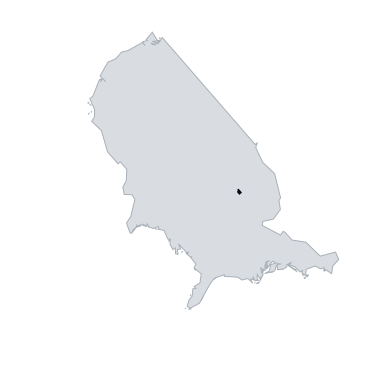 location of Jo Daviess, Illinois, United States of America, rotated 49°
{"feature_id": "52423323B10546312408424", "entity_name": "Jo Daviess", "entity_type": "district", "adm_level": 2, "iso_a3": "USA", "parent_name": "United States of America", "parent_adm1": "Illinois", "projection": "robinson", "projection_center": [-90.406, 42.351], "detail": "fine", "context": "in_parent", "style": "filled", "palette": "ink", "viewbox_px": 384, "rotation_deg": 49, "n_neighbors": 0, "source": "geoboundaries", "source_scale": "gbopen_adm2", "svg_char_len": 4201}
<svg xmlns="http://www.w3.org/2000/svg" viewBox="0 0 384 384"><g transform="rotate(49 192 192)"><path d="M304.5,139.0L324.5,137.3L331.5,123.1L339.2,125.5L340.2,134.3L345.2,140.2L337.7,142.3L337.4,143.9L336.0,141.8L334.4,145.3L328.6,147.7L325.3,156.5L328.9,160.3L331.2,159.9L330.4,158.2L331.2,159.0L331.5,160.8L325.1,162.1L323.7,160.1L323.3,162.8L315.8,163.4L310.4,166.9L310.8,164.9L310.2,163.6L309.0,168.4L310.6,169.2L310.3,173.3L306.7,178.5L302.6,175.2L304.8,172.0L302.2,174.2L303.5,177.9L305.2,179.9L305.6,182.3L301.2,190.7L302.4,185.4L298.4,180.4L300.7,175.1L297.0,176.7L298.7,184.5L294.9,182.1L293.7,182.4L294.7,179.9L294.6,179.2L293.5,181.1L293.5,182.8L299.1,185.8L298.0,187.2L295.4,184.5L294.4,184.0L297.7,187.3L299.0,187.9L298.3,189.9L296.6,188.4L299.3,191.4L298.7,191.8L297.4,190.2L293.9,189.5L298.3,192.4L300.9,192.3L303.9,199.5L301.3,194.0L302.2,197.6L297.1,196.8L300.9,200.4L302.6,199.4L300.5,202.6L295.7,201.5L298.7,203.2L296.2,204.8L299.2,206.0L293.9,206.7L291.2,212.0L286.2,213.4L276.8,223.0L275.6,221.9L272.1,230.7L271.9,232.8L273.5,239.5L280.8,259.4L278.5,269.8L275.0,270.5L271.4,264.8L270.7,260.2L265.6,254.8L267.3,252.4L264.8,252.5L265.8,245.6L259.8,238.7L250.6,240.3L249.0,236.3L240.0,235.9L241.1,234.4L239.5,235.9L235.4,236.6L235.4,233.6L234.7,235.7L222.4,236.3L227.6,237.9L225.8,240.7L229.8,243.5L227.8,244.9L223.3,241.2L223.0,244.1L217.0,242.9L213.6,239.3L211.5,241.1L202.6,238.3L197.4,242.3L198.7,241.2L195.9,240.1L194.4,245.0L189.0,248.2L190.3,247.3L186.7,246.7L187.9,248.4L183.7,250.5L182.0,255.9L180.2,255.1L181.8,256.5L182.0,261.5L183.6,264.5L182.3,265.6L172.5,261.8L170.4,254.5L160.1,239.9L154.7,239.1L149.4,244.8L143.0,241.0L140.4,234.3L132.2,226.4L122.3,226.3L122.1,229.3L106.3,229.4L86.3,220.1L72.8,221.3L71.3,216.3L66.0,211.5L54.4,207.7L54.7,204.1L46.5,188.1L47.0,186.4L48.8,188.6L47.8,185.0L52.2,184.7L44.1,185.2L38.8,170.2L41.4,162.3L40.2,153.4L43.2,147.6L46.7,131.1L50.7,131.5L46.3,130.7L48.3,126.3L46.8,126.4L45.4,117.1L55.1,118.7L52.4,123.6L56.1,120.1L55.2,124.2L52.7,125.2L54.4,125.3L56.5,123.7L57.7,119.5L56.0,113.1L197.6,113.2L197.7,110.7L200.3,114.8L216.2,119.2L232.4,117.6L254.5,129.0L255.5,132.0L263.2,136.8L265.8,148.4L260.7,157.8L263.3,160.9L282.5,153.5L281.5,149.1L283.2,148.3L293.9,148.0L304.5,139.0ZM318.2,165.4L321.4,164.9L310.2,167.7L319.4,164.3L318.2,165.4ZM56.1,117.1L57.1,119.7L56.9,120.1L55.4,118.1L56.1,117.1ZM183.4,263.7L182.2,259.3L182.3,256.8L182.5,259.4L183.4,263.7ZM338.5,142.6L338.6,143.9L338.1,143.7L338.5,142.6ZM213.7,240.6L213.9,241.6L212.9,240.8L213.7,240.6ZM58.7,211.8L60.1,211.2L60.2,211.4L58.7,211.8ZM57.3,211.4L56.7,212.1L56.3,211.5L57.3,211.4ZM328.1,162.3L327.3,163.1L327.0,162.9L328.1,162.3ZM183.1,254.5L182.3,256.5L184.2,252.6L183.1,254.5ZM278.7,252.8L280.0,256.7L278.4,252.4L278.7,252.8ZM65.4,215.1L65.9,216.1L65.3,215.2L65.4,215.1ZM279.1,270.4L278.0,271.7L279.8,269.1L279.1,270.4ZM304.4,202.0L303.3,203.5L304.1,199.9L304.4,202.0ZM55.1,115.0L55.0,115.7L54.5,115.4L55.1,115.0ZM188.0,249.2L186.0,250.1L188.0,248.9L188.0,249.2ZM331.2,162.7L331.2,163.7L330.2,163.4L331.2,162.7ZM65.1,218.0L65.5,219.3L64.9,218.2L65.1,218.0ZM185.5,250.9L184.7,251.4L185.4,250.6L185.5,250.9ZM305.2,183.9L304.0,185.9L305.4,183.1L305.2,183.9ZM196.8,243.1L195.5,243.9L197.3,242.6L196.8,243.1ZM272.4,231.7L272.2,233.3L272.0,232.2L272.4,231.7ZM299.7,206.3L299.3,206.6L300.5,205.4L299.7,206.3ZM253.9,239.9L252.4,240.8L251.8,240.6L253.9,239.9ZM234.9,236.3L234.6,236.6L233.7,236.6L234.9,236.3ZM269.0,260.3L269.3,261.5L268.8,260.1L269.0,260.3ZM230.9,238.6L230.7,239.7L230.6,237.8L230.9,238.6ZM275.7,273.2L274.9,273.3L276.1,273.0L275.7,273.2ZM310.1,174.0L309.5,175.0L310.2,173.5L310.1,174.0ZM302.3,203.8L301.8,204.2L301.7,204.1L302.3,203.8Z" fill="#d9dde1" stroke="#a8b0b8" stroke-width="1"/><path d="M221.6,156.2L221.6,156.3L221.8,156.5L221.8,156.8L221.8,157.0L222.0,157.2L222.1,157.3L222.3,157.4L223.6,157.4L224.5,157.4L224.5,155.4L224.3,155.4L224.2,155.4L223.7,155.4L223.3,155.4L223.2,155.4L222.9,155.4L222.7,155.4L222.2,155.4L221.9,155.4L221.6,155.4L221.3,155.4L221.2,155.4L220.8,155.4L220.7,155.4L220.6,155.5L220.8,155.7L220.9,155.8L221.0,155.8L221.1,156.0L221.3,156.1L221.5,156.1L221.6,156.2Z" fill="#0f172a" stroke="#020617" stroke-width="1.5"/></g></svg>